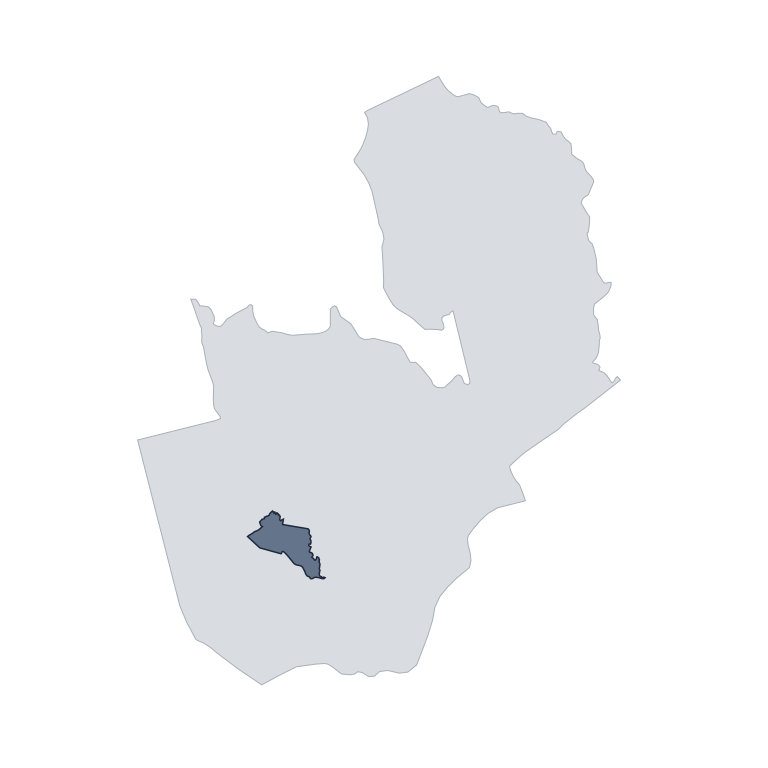 location of Luampa, Western, Zambia, rotated 346°
{"feature_id": "96606910B75659295397669", "entity_name": "Luampa", "entity_type": "district", "adm_level": 2, "iso_a3": "ZMB", "parent_name": "Zambia", "parent_adm1": "Western", "projection": "equal_earth", "projection_center": [24.874, -15.433], "detail": "fine", "context": "in_parent", "style": "filled", "palette": "slate", "viewbox_px": 768, "rotation_deg": 346, "n_neighbors": 0, "source": "geoboundaries", "source_scale": "gbopen_adm2", "svg_char_len": 8488}
<svg xmlns="http://www.w3.org/2000/svg" viewBox="0 0 768 768"><g transform="rotate(346 384 384)"><path d="M492.9,531.5L464.3,531.6L453.9,534.6L445.3,539.2L435.1,546.4L429.2,551.4L427.6,554.2L426.7,560.3L426.7,569.7L425.6,576.5L422.5,582.7L407.0,590.2L396.8,596.3L386.9,603.6L379.3,613.0L374.2,624.6L365.6,638.9L347.7,664.5L337.4,669.3L328.8,668.2L318.4,662.9L310.2,661.9L304.0,665.2L298.4,664.2L293.2,658.8L288.9,656.8L285.3,658.3L280.8,658.0L272.6,655.1L265.5,646.0L261.7,642.2L258.7,640.8L250.2,639.3L230.6,637.2L210.4,641.7L192.5,646.3L174.3,626.0L156.7,604.4L153.0,599.0L146.4,591.7L141.6,588.2L139.7,586.4L134.9,567.2L132.2,549.5L131.4,378.7L211.8,378.7L216.9,378.0L217.2,376.2L213.5,367.0L213.6,363.8L214.6,357.6L218.1,345.2L218.3,341.0L216.7,327.5L216.8,319.9L217.8,304.7L217.2,299.5L219.1,292.6L219.7,288.0L220.5,286.1L219.5,280.8L217.9,262.6L217.0,255.0L221.8,256.2L223.4,259.9L224.3,264.0L226.5,264.2L232.2,266.6L234.2,270.0L235.6,277.3L234.8,281.1L232.9,284.1L234.8,286.7L238.6,288.5L240.8,288.0L247.3,283.0L253.3,281.2L256.3,279.9L269.7,276.6L272.3,274.8L274.1,274.8L275.5,276.3L274.3,281.4L273.9,286.0L275.5,294.7L276.8,298.7L279.5,301.7L281.5,303.2L283.8,306.3L288.4,305.8L298.6,310.2L301.7,312.2L306.0,314.3L309.0,315.0L319.5,316.6L330.6,319.0L336.3,319.2L340.4,318.6L343.3,317.4L345.0,315.9L345.9,314.8L350.1,298.3L352.2,297.0L355.0,296.2L356.6,297.7L358.3,308.1L366.3,317.4L369.0,325.3L371.0,332.0L372.7,333.8L375.8,336.1L380.6,337.0L385.0,337.2L406.5,348.6L408.9,350.7L411.5,356.8L413.1,363.7L414.7,369.2L417.5,370.2L420.0,370.6L422.4,374.4L424.3,377.6L430.6,391.1L431.5,396.5L434.5,400.1L438.7,401.6L442.6,401.8L444.9,400.2L450.4,397.4L454.7,394.2L457.8,393.1L459.7,393.8L461.1,396.0L462.0,402.7L465.0,405.0L467.3,404.1L468.2,401.5L468.2,400.1L468.7,329.7L466.7,330.2L464.2,332.2L458.5,332.4L456.2,333.9L455.5,336.1L456.0,339.1L456.0,343.1L455.2,344.9L452.7,345.7L449.1,344.1L442.5,342.1L437.0,340.9L433.1,335.6L427.9,327.6L424.4,323.6L416.0,315.3L414.6,313.6L412.1,309.7L409.9,303.1L407.9,295.4L406.8,290.6L408.8,283.1L413.8,258.6L415.0,251.0L419.1,243.2L419.5,236.3L417.8,227.4L418.3,222.4L419.0,194.4L417.9,185.5L415.2,175.6L409.1,161.9L409.2,159.0L418.5,150.1L421.4,146.7L426.3,139.5L429.6,133.3L431.7,128.3L432.4,121.9L430.9,115.8L434.1,114.6L511.4,98.7L512.5,102.9L514.8,109.9L517.4,115.1L520.7,119.6L523.5,122.3L525.4,123.2L537.3,122.9L541.6,125.6L545.3,129.1L546.2,134.5L548.6,137.8L551.2,140.5L552.4,140.8L554.3,140.2L557.5,140.1L560.4,141.3L561.8,142.5L561.9,147.0L562.8,149.0L566.8,149.8L570.9,150.1L574.9,153.2L579.1,153.7L584.1,155.0L586.4,158.3L591.6,161.6L598.0,164.7L605.1,169.6L605.2,171.2L606.4,174.1L607.6,176.2L607.7,179.3L608.2,182.2L610.1,182.9L611.6,183.1L613.0,181.0L614.8,181.1L616.9,182.4L617.6,185.7L619.2,190.2L621.8,193.2L623.5,196.2L622.9,201.5L621.7,206.4L625.2,211.2L629.8,215.8L631.0,217.9L631.3,224.7L632.0,227.0L635.1,232.7L636.6,236.4L636.4,238.6L627.9,249.8L622.7,251.6L620.4,253.9L619.1,256.3L622.3,267.4L624.0,271.7L622.5,277.0L619.1,286.0L617.5,286.8L617.2,293.6L618.2,296.1L619.8,298.0L620.4,302.7L620.2,314.1L617.9,327.2L621.6,338.5L622.9,339.8L628.1,339.9L629.0,340.8L627.7,344.1L624.0,349.1L617.3,353.0L607.6,357.3L605.6,361.4L604.2,367.3L605.3,370.8L606.5,372.9L606.1,378.1L605.2,383.6L605.4,387.9L604.9,391.7L603.6,393.6L601.9,399.4L599.8,405.2L598.1,407.8L595.7,410.6L591.9,412.9L591.9,414.1L596.2,416.7L597.3,418.6L597.7,419.8L595.8,422.8L597.8,424.6L600.2,426.1L602.4,429.9L605.0,437.2L605.4,437.9L606.1,438.0L607.6,437.2L610.3,434.3L612.2,433.2L614.4,437.4L574.3,455.3L564.8,459.0L550.8,465.3L546.2,467.7L542.5,470.0L505.2,484.0L499.4,486.7L486.2,493.9L485.8,495.0L485.9,498.3L487.0,505.0L489.2,511.1L491.1,514.6L492.3,523.6L492.9,531.5Z" fill="#d9dde1" stroke="#a8b0b8" stroke-width="1"/><path d="M275.2,511.3L275.2,510.8L275.2,510.5L275.7,509.6L275.9,509.0L276.0,508.5L276.0,508.4L276.0,508.1L275.9,507.6L275.9,507.2L275.7,506.7L275.2,506.1L266.0,502.1L251.6,495.8L253.7,490.8L250.5,491.6L250.0,490.4L251.3,487.2L249.8,485.7L249.8,485.3L249.9,485.1L249.9,484.9L250.0,484.9L249.9,484.8L249.8,484.6L249.8,484.3L249.8,484.2L249.7,484.1L249.5,483.9L249.4,483.7L249.2,483.7L248.9,483.7L248.8,483.4L248.8,483.1L248.7,483.1L248.4,483.2L248.3,483.3L248.2,483.5L248.0,483.9L247.9,484.1L247.5,483.9L247.5,484.0L247.4,484.0L247.4,483.9L247.4,483.7L247.5,483.6L247.4,483.4L247.4,483.1L247.3,483.3L247.2,483.1L247.1,482.9L247.1,482.7L247.0,482.8L246.9,482.8L246.7,482.8L246.8,482.7L246.7,482.5L246.7,482.4L246.5,482.2L246.4,482.2L246.4,482.3L246.2,482.3L246.2,482.2L246.3,482.0L246.4,481.8L246.3,481.7L246.2,481.5L246.2,481.3L246.0,481.2L245.8,481.3L245.7,481.4L245.6,481.5L245.5,481.4L245.4,481.2L245.5,481.1L245.4,480.9L245.2,480.7L244.8,480.5L244.8,480.4L243.5,481.1L242.8,481.4L242.5,481.7L241.9,482.1L240.8,483.5L238.7,484.1L238.2,483.9L236.0,484.4L235.8,484.4L235.8,484.5L235.5,485.5L235.3,485.8L235.2,485.8L234.3,485.8L233.9,485.8L233.3,485.7L233.1,485.7L232.9,485.9L230.4,487.5L229.9,488.0L230.3,491.7L231.5,493.0L228.3,494.6L227.4,495.1L225.2,495.7L224.6,495.7L222.8,496.0L222.6,496.0L220.9,496.8L220.6,496.9L218.6,497.6L216.9,498.0L214.7,499.0L223.9,513.0L243.0,523.8L243.3,523.7L244.1,522.7L244.5,522.3L245.4,521.9L245.6,522.0L245.9,522.3L246.2,522.7L246.7,523.4L246.9,523.7L247.2,524.1L247.5,524.6L247.8,525.2L247.9,525.5L248.2,525.9L248.4,526.2L248.5,526.4L248.8,526.9L249.0,527.5L249.3,528.0L249.5,528.3L249.5,528.5L249.7,528.8L249.9,529.2L252.5,534.9L252.7,535.2L252.9,535.6L253.1,536.0L253.3,536.3L253.3,536.5L253.8,537.0L254.0,537.3L254.2,537.5L254.7,537.9L254.8,538.0L255.4,538.4L256.2,538.8L256.5,538.9L256.7,539.0L257.0,539.1L257.2,539.3L257.8,539.6L258.4,539.8L258.9,540.1L259.3,540.5L259.8,540.8L260.2,541.4L260.5,541.8L260.7,542.3L260.8,542.6L261.0,543.0L261.1,543.7L261.2,544.3L261.3,544.6L261.4,544.9L261.5,545.6L261.7,546.3L261.8,546.5L261.8,546.8L261.9,547.0L261.9,547.4L262.0,548.7L262.0,549.0L262.2,549.7L262.3,550.0L262.4,550.3L262.5,550.5L262.6,550.8L262.7,551.0L262.8,551.1L262.9,551.6L263.4,552.0L264.9,553.1L265.5,554.8L265.6,555.0L265.9,555.2L266.1,555.3L266.5,555.4L266.9,555.5L267.2,555.5L267.7,555.4L267.9,555.3L268.5,555.2L268.9,555.1L269.3,555.0L269.8,555.0L270.0,554.9L270.4,554.9L270.5,554.9L270.8,554.9L271.3,555.0L271.8,555.3L272.2,555.5L273.0,555.7L273.1,555.8L273.6,556.0L274.5,556.5L275.0,556.8L276.4,557.6L276.7,557.8L276.9,557.9L277.2,558.0L277.7,558.2L278.4,558.3L278.6,558.3L279.0,558.2L279.3,558.0L280.0,557.7L279.8,557.5L279.4,557.2L278.7,556.9L278.4,556.8L278.2,556.8L277.4,557.2L277.2,557.2L277.0,556.8L277.0,556.5L276.9,556.4L276.7,556.1L276.6,555.9L276.5,555.7L276.3,555.6L275.9,555.5L275.7,555.3L275.5,555.0L275.3,554.5L275.1,553.7L275.1,553.0L275.1,552.8L275.3,552.4L275.7,551.7L275.8,551.5L275.9,551.1L276.0,550.7L276.2,550.4L276.3,550.1L276.7,549.6L276.8,549.2L276.7,548.9L276.6,548.4L276.5,548.1L276.5,547.7L276.8,546.8L277.0,546.5L277.2,546.0L277.3,545.9L277.4,545.5L277.5,545.4L277.7,544.9L277.8,544.7L277.9,544.3L278.0,544.0L278.2,543.5L278.3,543.2L278.3,542.9L278.3,542.7L278.2,542.5L278.1,542.1L278.0,541.6L278.1,541.0L278.2,540.9L278.3,540.5L278.3,540.4L278.2,540.2L278.3,539.9L278.5,539.5L278.6,539.2L278.8,539.0L278.8,538.8L278.8,538.5L278.7,538.2L278.7,537.9L278.7,537.7L278.7,537.2L278.5,536.7L278.3,536.5L277.9,536.1L277.8,535.9L277.6,535.8L277.5,535.6L277.3,535.5L277.2,535.4L277.0,535.5L276.8,535.7L276.7,536.0L276.5,536.4L276.2,537.0L275.8,537.5L275.5,537.7L275.3,537.9L275.0,538.2L274.8,538.2L274.5,538.3L274.3,538.2L274.1,538.1L273.5,536.7L273.2,536.1L273.0,535.8L272.8,535.6L272.6,535.3L272.1,534.7L272.4,534.3L273.4,533.5L273.5,533.4L273.7,533.0L273.7,532.8L273.7,532.4L273.7,531.9L273.5,531.1L273.2,530.6L272.8,530.1L272.6,530.0L272.4,529.9L272.2,529.8L271.6,529.6L271.4,529.5L271.3,529.4L271.3,529.2L271.3,528.9L271.0,528.6L271.0,528.4L271.8,527.3L272.2,526.5L272.5,526.1L272.9,525.7L273.0,525.5L273.3,525.1L273.6,524.8L273.8,524.5L273.8,524.4L273.7,524.3L273.6,524.2L273.3,524.0L272.9,523.8L272.6,523.5L272.3,523.1L272.1,522.8L272.1,522.7L272.0,522.4L271.9,522.1L272.0,521.8L272.2,521.5L272.3,521.4L272.6,521.2L272.9,521.1L273.0,521.2L273.2,521.3L273.5,521.4L273.8,521.6L274.0,521.5L274.5,520.7L274.7,520.4L274.8,520.0L274.9,519.5L275.0,518.9L275.1,518.7L275.2,518.2L275.1,517.6L274.7,516.9L274.8,516.2L275.0,515.9L275.1,515.7L275.3,515.5L275.6,515.2L275.9,514.9L276.2,514.5L276.3,514.3L276.2,513.9L276.1,513.6L276.1,513.4L275.9,513.2L275.7,513.0L275.6,512.8L275.3,511.8L275.2,511.3Z" fill="#64748b" stroke="#1e293b" stroke-width="1.5"/></g></svg>